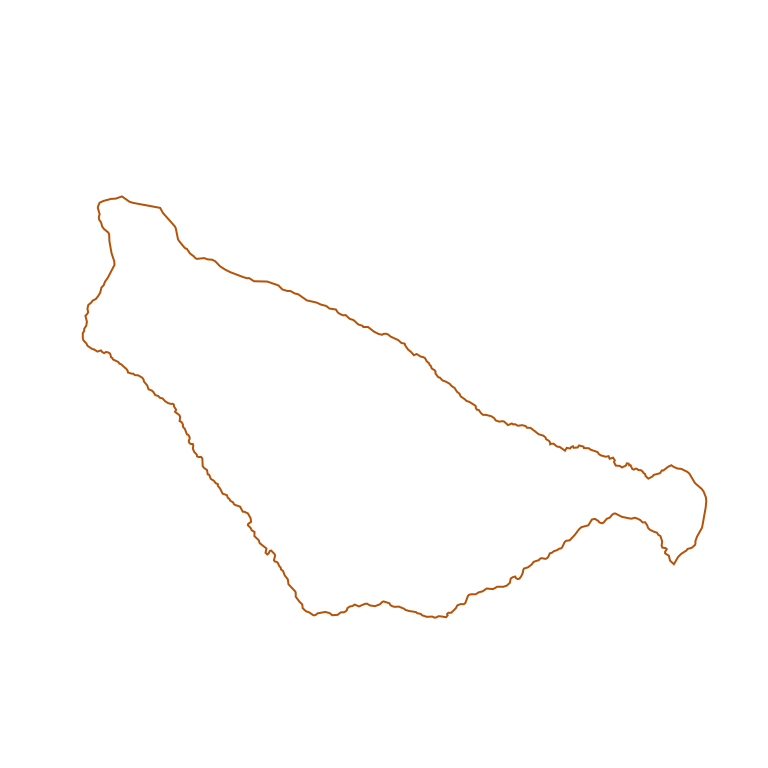 outline of Santa Rita do Pardo, Mato Grosso do Sul, Brazil, rotated 343°
{"feature_id": "56859067B17478005205840", "entity_name": "Santa Rita do Pardo", "entity_type": "district", "adm_level": 2, "iso_a3": "BRA", "parent_name": "Brazil", "parent_adm1": "Mato Grosso do Sul", "projection": "orthographic", "projection_center": [-52.737, -21.229], "detail": "fine", "context": "isolated", "style": "outline", "palette": "amber", "viewbox_px": 768, "rotation_deg": 343, "n_neighbors": 0, "source": "geoboundaries", "source_scale": "gbopen_adm2", "svg_char_len": 6166}
<svg xmlns="http://www.w3.org/2000/svg" viewBox="0 0 768 768"><g transform="rotate(343 384 384)"><path d="M635.0,545.7L631.6,546.2L625.8,548.4L624.4,547.9L621.9,550.0L615.3,549.8L613.8,550.9L609.1,551.8L607.2,548.4L607.4,546.6L606.1,544.9L605.7,543.2L604.3,541.4L602.2,540.8L601.2,539.2L600.0,538.5L597.7,538.9L596.6,537.8L596.0,533.7L594.7,533.5L594.7,531.7L593.0,530.9L591.6,532.7L587.2,533.4L585.6,531.3L581.8,529.8L581.1,525.9L582.4,524.5L581.5,521.4L577.9,521.5L577.7,518.7L574.8,518.4L570.3,515.5L568.9,513.6L568.4,511.6L562.4,507.2L561.0,505.3L556.4,503.7L556.5,502.2L552.5,499.8L550.6,501.3L546.8,500.5L546.5,498.8L544.8,499.0L543.2,500.1L540.1,498.5L537.6,500.7L533.4,495.3L531.9,494.9L530.8,493.9L528.8,490.8L526.8,490.1L525.3,490.2L525.7,488.4L525.1,486.6L522.8,484.0L522.9,482.5L521.3,480.0L517.3,477.3L511.3,468.8L507.9,467.6L507.1,465.6L504.2,463.8L499.9,463.1L497.5,460.7L495.8,460.5L494.7,459.1L490.6,459.6L487.9,455.1L486.5,454.2L483.2,453.7L480.1,451.4L479.4,448.9L477.3,446.3L472.5,443.3L469.7,442.5L468.2,440.2L467.1,436.7L465.3,435.7L464.8,433.6L465.3,432.0L464.4,430.6L460.3,426.0L457.8,424.2L456.9,422.3L453.7,418.3L453.3,415.3L451.5,412.7L450.3,408.3L448.1,405.8L446.8,402.9L443.7,399.7L441.0,397.7L439.3,394.2L437.9,393.4L436.3,389.0L436.9,387.0L436.3,385.3L434.7,383.9L434.1,382.6L434.1,380.6L433.2,379.0L433.1,377.3L431.5,374.8L430.8,371.3L429.6,369.9L427.1,368.5L424.0,364.9L421.0,365.2L419.4,361.6L417.0,357.9L415.5,353.2L415.6,351.5L412.6,349.8L410.5,346.2L404.3,340.7L402.3,337.8L401.0,336.7L398.2,335.9L396.6,336.4L393.4,334.5L389.7,331.0L385.4,324.8L380.9,323.5L380.5,322.1L376.8,319.5L373.5,313.9L370.3,311.7L367.4,306.8L365.6,306.6L364.2,305.8L361.7,303.4L360.7,302.0L359.8,298.7L353.9,295.9L351.5,292.4L347.0,289.7L343.3,286.4L334.7,281.5L328.1,273.0L325.2,271.4L321.8,267.8L318.8,266.8L314.4,263.8L311.9,258.9L309.9,257.4L302.3,251.9L289.7,247.7L285.9,243.2L284.2,242.9L280.7,240.7L269.7,232.1L265.5,228.1L261.6,223.5L258.6,217.5L256.2,215.0L251.7,213.2L248.8,211.0L241.5,209.6L240.2,208.1L239.5,206.4L236.6,202.4L235.0,197.1L233.9,196.5L232.9,194.8L229.8,187.3L229.3,185.4L230.4,174.4L230.1,172.2L222.6,155.8L221.4,150.1L197.3,137.6L194.0,135.4L188.2,128.0L181.6,128.3L177.3,127.2L169.4,126.9L165.0,127.5L162.6,130.4L161.8,131.9L161.7,138.5L160.0,141.1L159.7,143.8L160.7,146.8L160.5,150.9L161.5,153.8L164.7,158.7L164.9,160.6L163.2,167.0L161.7,179.2L161.9,187.8L161.1,191.3L151.1,201.5L147.1,204.6L144.7,207.7L142.0,209.1L139.3,213.7L136.4,216.3L133.2,218.5L129.9,219.0L127.7,220.6L124.3,222.0L122.4,225.3L122.1,228.7L120.8,230.2L118.4,231.5L118.1,237.6L116.3,241.2L113.4,243.6L112.7,245.8L110.9,247.1L109.3,252.3L109.4,254.6L111.2,258.1L111.7,260.9L115.3,265.4L116.9,266.2L119.4,269.2L123.1,269.1L123.9,271.1L125.4,272.7L127.4,272.1L129.1,272.9L130.6,274.3L131.0,275.9L130.8,278.7L131.8,279.7L131.9,281.2L136.4,285.3L136.9,287.2L138.2,288.0L142.2,294.6L142.7,296.5L142.5,298.1L145.6,300.3L147.2,300.8L148.3,302.6L151.5,303.9L154.7,307.3L155.4,309.8L155.1,311.3L157.1,316.0L157.3,320.2L160.0,322.4L161.0,324.0L162.0,327.7L164.6,329.5L165.7,331.7L168.0,333.0L169.6,336.4L171.9,339.1L174.5,340.8L176.1,341.1L177.0,342.2L176.6,344.0L177.7,347.9L176.0,349.5L179.3,354.0L179.4,356.0L177.7,359.8L179.2,361.2L179.7,362.9L179.8,364.3L179.3,365.7L179.5,367.1L180.4,368.4L180.8,374.5L182.1,375.7L182.5,377.9L182.1,379.7L180.8,381.0L180.5,382.5L180.8,383.9L181.9,385.0L183.6,385.4L183.7,386.8L182.3,390.1L182.6,393.3L184.2,396.6L184.1,398.5L185.3,399.7L187.7,400.2L188.5,402.0L186.6,409.6L187.4,411.7L189.6,414.6L189.0,418.9L190.3,419.7L190.6,424.1L193.0,426.7L194.0,429.6L195.8,431.1L195.3,432.8L196.7,436.1L197.6,441.7L201.2,444.3L201.4,447.2L202.6,448.8L202.8,450.6L205.2,453.2L205.2,454.6L206.0,455.9L210.5,459.2L211.6,464.8L213.2,465.4L216.0,468.0L217.2,473.3L216.6,477.0L213.3,478.0L212.5,479.2L214.4,482.7L214.7,485.2L216.9,487.6L215.6,491.6L218.5,496.7L218.6,499.9L223.5,506.9L221.4,510.7L222.6,512.9L224.2,512.2L226.1,510.2L227.4,510.3L229.6,514.6L229.7,516.3L227.2,520.3L227.6,521.7L229.4,522.8L230.2,524.2L230.6,527.5L231.5,529.4L231.3,531.2L232.8,533.3L233.1,538.0L234.9,542.7L234.1,547.6L238.5,556.5L238.5,558.0L237.4,561.6L239.5,567.5L241.4,570.9L240.7,574.6L242.9,578.5L245.8,580.6L248.3,583.9L249.4,584.8L251.4,584.8L253.3,583.9L261.2,584.8L265.1,587.3L266.9,590.0L272.2,591.2L275.4,589.9L277.0,589.9L278.5,590.6L280.1,590.4L282.1,589.7L283.4,587.7L286.1,586.8L289.0,587.1L291.5,586.4L295.0,589.4L301.3,588.7L303.4,589.0L305.9,591.7L310.4,593.8L315.7,593.5L318.6,591.9L320.0,591.8L325.1,595.3L325.4,597.2L327.0,599.0L329.0,600.2L333.1,601.2L337.3,604.6L338.6,606.4L341.6,608.4L347.8,611.4L348.8,612.9L351.9,614.6L352.8,616.3L356.9,619.2L362.1,620.5L364.2,622.3L366.0,622.5L368.0,622.0L369.7,622.5L375.2,625.2L377.2,623.9L377.1,622.4L378.6,621.6L381.5,622.4L387.0,619.5L389.5,617.1L392.9,616.9L395.9,617.9L397.7,617.3L402.3,611.2L403.8,610.4L405.9,610.6L410.3,611.9L413.6,610.9L417.7,611.1L422.4,609.6L428.2,612.0L433.1,611.0L438.8,612.8L442.5,612.7L446.3,610.9L447.9,607.7L448.9,606.8L451.1,606.4L453.2,606.5L453.5,608.3L454.9,609.7L456.6,609.7L458.9,608.1L461.5,605.2L462.8,602.5L464.0,601.4L468.1,601.4L472.2,599.9L475.2,597.8L480.6,597.7L482.1,596.7L483.8,596.6L487.2,598.4L488.9,598.3L490.6,597.3L493.1,594.4L495.1,594.5L497.4,593.6L501.6,593.4L503.2,592.7L505.3,593.0L506.5,592.4L510.7,587.8L512.5,587.2L515.8,587.8L522.5,584.0L527.8,580.1L530.9,578.6L538.1,578.9L543.1,574.4L546.3,574.6L549.0,577.8L549.6,579.4L551.7,580.9L553.3,580.8L557.7,578.0L560.9,577.8L563.8,575.8L565.5,575.2L567.3,575.4L572.7,580.6L580.0,584.6L581.5,585.2L584.6,585.2L586.2,586.2L589.2,588.9L590.9,592.0L593.3,592.6L594.4,596.1L594.4,598.6L595.5,600.9L598.7,604.0L601.6,606.0L602.2,608.4L603.9,610.2L604.0,616.0L602.3,619.5L602.3,621.8L605.2,623.2L606.1,624.6L603.6,626.8L603.4,628.3L606.2,631.5L605.9,636.5L608.5,641.1L614.8,635.3L618.4,633.4L624.6,631.6L626.1,630.5L630.5,630.6L634.4,628.8L635.2,627.6L635.8,625.4L638.6,621.6L646.2,614.3L655.4,596.4L657.9,590.4L658.7,586.6L658.2,580.3L657.1,577.2L652.4,569.6L649.8,558.9L648.3,556.6L643.5,552.1L639.9,550.6L636.7,547.9L635.0,545.7Z" fill="none" stroke="#b45309" stroke-width="2"/></g></svg>